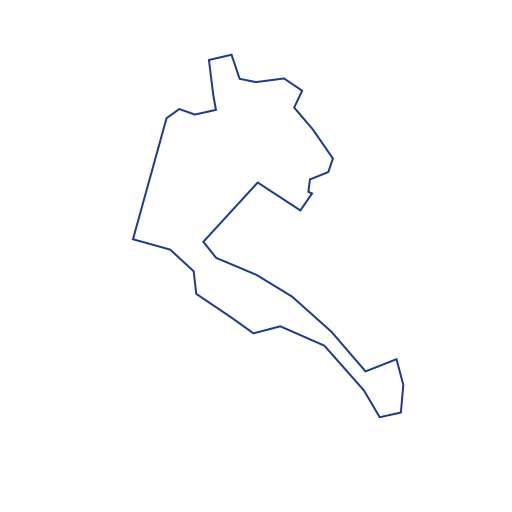 SVG path tracing the border of Plaines Wilhems, rotated 158°
{"feature_id": "MUS-5188", "entity_name": "Plaines Wilhems", "entity_type": "District", "adm_level": 1, "iso_a3": "MUS", "parent_name": "Mauritius", "parent_adm1": "", "projection": "natural_earth1", "projection_center": [57.506, -20.307], "detail": "fine", "context": "isolated", "style": "outline", "palette": "blue", "viewbox_px": 512, "rotation_deg": 158, "n_neighbors": 0, "source": "natural_earth", "source_scale": "10m", "svg_char_len": 642}
<svg xmlns="http://www.w3.org/2000/svg" viewBox="0 0 512 512"><g transform="rotate(158 256 256)"><path d="M363.8,317.6L287.3,417.3L272.1,421.0L259.8,410.1L238.4,406.5L235.4,421.0L226.2,455.4L203.3,451.8L204.8,426.4L191.0,417.3L163.5,410.1L151.3,392.0L165.0,379.3L155.9,352.1L148.2,317.6L157.4,306.8L177.3,306.8L183.4,295.9L180.6,293.0L197.8,281.6L226.9,323.5L299.5,288.9L293.6,269.1L262.8,238.5L237.8,204.9L214.4,157.4L197.7,108.0L164.4,107.7L167.7,81.3L180.3,56.6L201.7,60.2L206.3,91.0L226.2,147.2L259.8,181.7L287.4,185.3L301.1,207.0L325.6,243.3L319.5,265.1L333.2,294.1L363.8,317.6Z" fill="none" stroke="#1e3a8a" stroke-width="2"/></g></svg>